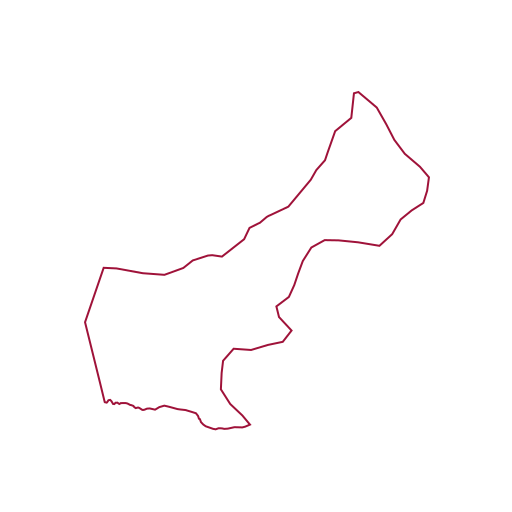 the district of Mayo-Lemié, Mayo-Kebbi Est, Chad, rotated 290°
{"feature_id": "50815135B13713715101650", "entity_name": "Mayo-Lemié", "entity_type": "district", "adm_level": 2, "iso_a3": "TCD", "parent_name": "Chad", "parent_adm1": "Mayo-Kebbi Est", "projection": "robinson", "projection_center": [15.282, 10.859], "detail": "fine", "context": "isolated", "style": "outline", "palette": "rose", "viewbox_px": 512, "rotation_deg": 290, "n_neighbors": 0, "source": "geoboundaries", "source_scale": "gbopen_adm2", "svg_char_len": 1942}
<svg xmlns="http://www.w3.org/2000/svg" viewBox="0 0 512 512"><g transform="rotate(290 256 256)"><path d="M192.8,116.9L135.3,118.0L83.5,152.8L67.0,163.8L66.9,164.1L67.0,164.5L67.1,165.7L67.4,165.9L67.5,166.1L70.0,166.7L70.9,168.2L70.6,168.8L70.2,169.7L68.1,172.3L68.2,172.6L68.4,173.5L69.1,173.8L70.1,174.2L70.5,175.3L70.8,175.9L70.4,177.2L70.2,178.2L71.1,179.0L71.5,179.2L73.2,183.8L73.4,185.2L73.4,185.9L73.0,188.8L73.2,189.6L73.2,190.7L73.2,191.4L73.2,192.1L72.7,192.6L71.9,194.9L72.0,195.1L72.2,195.4L73.3,197.0L73.3,197.8L73.3,198.0L73.3,198.3L72.8,200.5L72.7,200.9L72.6,201.1L72.6,201.5L72.6,202.3L72.8,202.7L72.9,202.8L73.1,203.3L73.7,204.1L74.1,204.5L74.3,204.7L75.3,205.8L76.4,208.3L77.1,213.7L78.4,214.8L80.9,216.8L83.1,219.8L84.0,221.0L84.4,224.2L84.6,226.1L85.3,234.6L85.9,237.4L87.0,241.9L87.2,242.9L87.2,243.6L87.5,248.6L87.7,253.3L87.1,254.3L86.0,256.1L85.1,256.9L83.6,258.0L83.6,258.3L83.6,258.5L83.5,259.1L82.3,260.1L81.1,261.1L79.6,264.1L78.8,267.0L78.9,274.9L79.2,276.4L79.3,277.3L81.3,279.7L82.0,281.7L82.4,283.1L82.7,285.3L84.1,288.5L85.3,290.4L87.2,293.4L87.7,294.2L88.0,295.0L89.9,300.7L90.0,301.0L90.2,301.7L90.9,302.7L92.0,304.3L92.7,305.0L93.7,306.1L95.5,308.0L101.5,297.7L108.1,282.4L118.7,268.6L134.4,263.7L146.3,260.9L161.2,266.7L166.0,283.5L176.5,297.6L184.5,310.5L198.1,314.9L206.5,298.5L215.6,292.4L228.8,300.9L241.7,301.9L254.0,301.6L267.3,301.7L282.9,305.1L294.4,315.1L298.9,328.1L303.8,347.3L307.8,368.5L323.1,376.5L339.8,379.4L352.1,386.7L363.1,395.1L375.8,394.5L389.1,391.6L395.9,379.6L402.9,360.9L412.4,346.3L424.3,333.4L436.8,318.7L445.1,296.1L442.4,292.4L418.4,298.3L400.4,287.7L378.2,287.9L369.6,288.1L357.4,283.3L346.4,281.4L313.4,269.5L299.2,255.4L298.1,254.2L296.3,252.7L292.6,250.6L288.4,248.2L287.7,247.4L280.2,240.3L267.7,239.1L243.8,224.2L241.8,214.6L240.0,210.7L230.2,198.1L219.9,191.8L207.0,176.4L201.1,155.5L196.6,129.1L192.8,116.9Z" fill="none" stroke="#9f1239" stroke-width="2"/></g></svg>